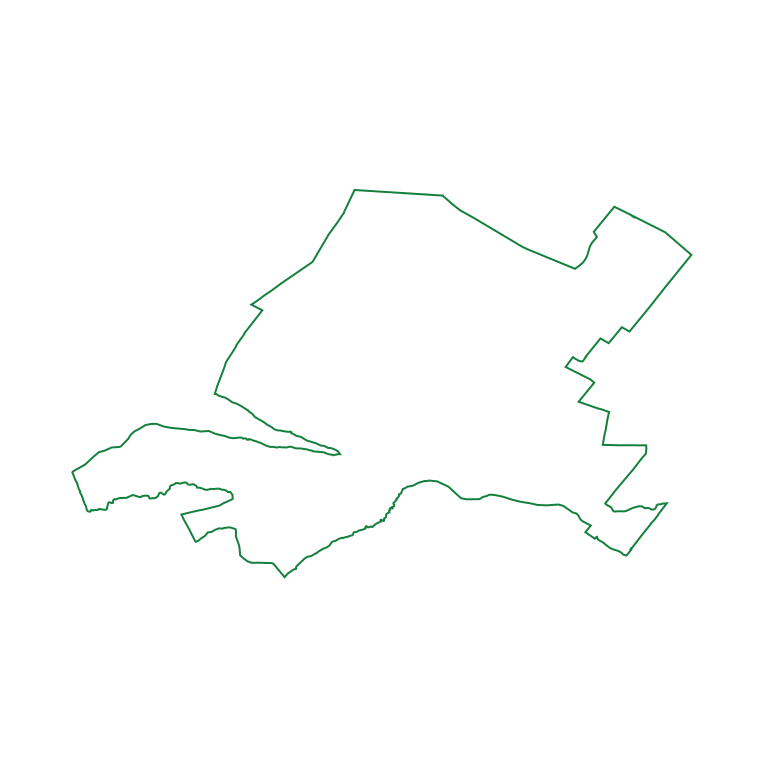 the district of Baia, Suceava, Romania, rotated 354°
{"feature_id": "2599482B74007881271800", "entity_name": "Baia", "entity_type": "district", "adm_level": 2, "iso_a3": "ROU", "parent_name": "Romania", "parent_adm1": "Suceava", "projection": "robinson", "projection_center": [26.198, 47.421], "detail": "fine", "context": "isolated", "style": "outline", "palette": "green", "viewbox_px": 768, "rotation_deg": 354, "n_neighbors": 0, "source": "geoboundaries", "source_scale": "gbopen_adm2", "svg_char_len": 6131}
<svg xmlns="http://www.w3.org/2000/svg" viewBox="0 0 768 768"><g transform="rotate(354 384 384)"><path d="M652.8,532.2L648.5,532.1L646.0,532.6L643.7,532.4L642.4,533.2L642.2,534.1L640.8,536.3L638.7,537.1L636.8,536.7L634.7,535.2L632.2,534.7L631.4,534.9L630.4,534.7L629.7,534.3L628.1,532.8L625.0,532.2L619.6,533.0L615.9,534.1L613.0,535.2L609.9,535.8L603.3,535.0L599.9,535.0L598.7,534.2L597.0,530.4L592.5,527.2L591.5,526.0L604.1,513.0L622.9,495.0L632.9,484.5L636.9,480.9L637.3,480.4L637.8,477.3L638.1,476.6L638.3,472.4L610.6,469.4L595.2,467.4L598.0,457.5L599.8,452.4L602.5,442.6L604.9,435.4L597.6,431.9L594.0,430.6L575.7,422.0L593.2,404.7L589.8,401.1L566.4,386.1L574.7,377.0L576.7,378.8L580.5,381.5L583.5,382.4L584.6,381.6L587.6,378.2L587.4,378.0L604.0,361.3L611.7,366.9L626.5,352.4L633.6,357.5L655.4,336.0L674.9,316.0L703.2,287.7L679.5,262.5L649.8,243.4L649.7,244.0L647.9,242.5L647.9,242.1L631.6,231.8L608.5,254.6L611.1,260.1L605.7,265.2L603.3,268.4L599.6,277.4L597.6,280.6L594.8,283.8L590.4,286.9L586.0,289.4L540.6,264.9L535.9,262.0L489.5,227.4L477.8,219.2L470.3,211.8L463.8,204.7L462.7,204.0L462.4,202.8L375.0,188.0L362.1,209.1L362.1,209.5L353.3,219.9L344.6,229.5L325.7,255.1L291.6,273.6L282.0,279.3L274.6,283.2L264.9,288.9L260.3,291.2L270.7,298.0L250.4,319.0L250.4,319.6L241.4,329.8L240.7,331.4L229.2,345.7L227.0,350.7L217.9,368.7L214.7,376.3L216.2,376.5L218.7,378.6L224.4,380.9L227.2,382.8L231.1,386.3L235.7,388.3L238.9,390.5L246.2,396.2L246.5,397.1L247.1,397.4L247.5,398.1L248.6,398.7L250.3,400.4L252.0,403.1L252.8,403.9L253.6,404.2L254.4,405.0L259.4,408.5L263.9,412.5L267.6,415.0L270.2,417.6L273.3,419.0L275.9,419.4L279.0,420.4L283.7,421.6L285.8,421.6L286.7,422.1L286.5,422.9L286.9,423.5L287.9,423.7L291.1,426.2L296.0,428.0L300.5,431.6L303.1,433.0L306.0,434.0L310.2,435.9L314.5,438.5L318.3,439.4L321.6,441.7L324.9,442.3L329.3,444.6L331.3,446.4L332.9,449.2L331.4,449.0L325.8,449.5L324.8,448.8L323.3,448.6L318.9,446.8L317.0,445.6L306.2,443.5L305.3,442.6L303.1,442.2L301.3,441.2L294.0,439.3L289.7,438.8L285.1,436.7L283.2,436.5L280.2,437.0L278.9,436.6L276.9,436.5L273.7,435.8L270.2,435.9L267.2,434.9L264.4,434.7L260.8,433.2L255.1,429.7L254.1,429.1L252.9,428.9L251.8,428.0L247.8,426.5L246.7,425.7L244.1,424.7L243.8,424.7L243.2,425.3L241.9,425.0L241.4,424.1L240.3,423.4L239.2,423.7L238.0,423.5L237.1,422.6L235.7,422.2L228.1,422.1L224.5,421.2L220.7,419.2L215.0,417.4L210.2,415.5L204.9,412.4L196.5,412.1L190.7,410.0L185.2,409.2L180.8,408.0L168.1,405.5L160.6,403.3L153.7,399.9L149.9,399.5L147.4,399.4L142.2,400.0L136.5,402.8L130.9,405.0L126.7,408.0L123.8,411.9L115.8,418.5L114.2,418.9L106.4,418.7L99.8,420.9L93.2,422.1L87.4,426.0L78.4,432.8L66.0,438.2L64.8,439.2L67.1,447.5L68.4,450.5L69.4,456.3L70.4,458.4L70.4,460.2L71.9,463.9L73.5,471.1L74.8,474.5L75.1,477.1L75.6,478.7L76.0,479.5L78.1,480.3L79.0,479.8L79.6,478.7L80.1,478.6L81.2,479.4L83.3,479.0L85.2,479.4L86.1,479.3L87.6,478.5L92.1,479.7L94.5,480.0L95.6,478.9L95.6,478.0L96.7,475.5L96.9,474.5L97.9,473.0L98.3,472.8L99.2,473.1L100.5,473.9L102.1,473.8L102.2,472.1L102.5,471.4L103.6,470.5L104.2,470.3L105.0,470.8L105.6,470.7L107.1,470.1L109.5,469.8L116.0,470.3L122.3,468.2L123.6,468.5L127.3,470.2L129.8,471.0L130.6,471.0L131.8,470.2L133.2,470.1L136.7,470.2L137.8,470.7L138.3,471.6L138.4,472.5L139.3,473.5L141.7,473.3L143.6,473.7L146.4,472.8L147.4,471.8L149.5,468.7L150.1,468.6L151.0,468.9L153.4,471.0L154.5,470.9L155.1,470.4L156.3,468.4L160.0,465.7L160.2,465.3L160.2,464.0L160.6,463.4L161.9,462.5L163.4,462.3L165.4,461.6L166.4,460.8L167.1,461.0L168.3,460.9L170.7,461.8L174.9,461.1L177.0,461.4L178.8,463.5L180.7,464.0L183.4,463.7L184.2,464.0L186.7,465.7L187.3,467.6L189.7,467.8L193.5,469.5L194.9,470.4L197.1,470.8L201.1,470.2L203.9,470.7L206.9,470.6L208.8,470.8L211.9,472.2L214.0,472.5L215.6,473.3L217.5,475.1L218.2,475.4L219.8,475.2L221.7,478.3L221.6,481.7L221.3,482.7L211.6,485.9L207.8,487.7L191.4,490.0L184.3,490.6L168.9,492.6L170.8,498.1L175.1,508.2L179.8,520.6L180.4,521.3L182.8,520.6L185.7,518.6L189.7,516.6L191.0,515.5L193.1,513.2L197.0,513.1L200.3,511.6L203.9,510.5L205.8,510.4L207.9,511.0L209.7,510.5L214.6,510.4L216.1,510.6L221.0,512.7L221.5,513.8L220.8,519.7L220.9,520.9L223.0,529.4L223.2,532.7L223.0,539.3L225.6,542.3L229.6,546.0L233.7,548.0L241.1,548.7L253.8,550.4L255.4,551.4L264.9,565.7L268.9,562.2L275.0,558.9L277.0,558.8L277.4,558.1L277.3,557.2L278.0,556.1L286.8,549.3L289.3,547.9L293.5,547.5L300.4,544.5L301.8,543.4L303.2,543.0L305.8,541.6L308.9,540.9L311.7,539.7L312.6,539.1L314.4,537.3L314.5,536.8L315.6,536.1L316.1,535.4L319.8,534.8L322.4,533.4L324.4,532.9L326.5,532.6L327.0,532.9L329.8,532.3L332.9,532.0L334.6,531.3L336.6,531.2L337.1,530.8L338.5,528.3L341.7,528.1L342.7,527.8L343.5,527.1L347.0,526.7L349.8,526.1L350.8,525.2L350.5,524.3L351.0,523.8L351.6,523.7L352.6,524.1L353.0,524.8L353.7,525.0L356.2,524.3L356.8,524.8L357.6,525.0L359.4,523.5L362.2,521.9L366.8,520.4L366.8,519.5L366.4,519.0L366.7,518.7L367.3,518.8L369.4,520.3L369.9,519.9L370.1,517.7L371.6,517.0L372.2,516.3L372.3,514.5L372.7,513.7L375.4,512.2L376.0,512.2L375.8,510.8L376.7,510.1L376.5,508.9L376.7,508.5L377.8,508.5L377.9,507.9L378.2,507.8L379.3,508.7L379.5,508.6L379.2,507.5L379.3,507.1L381.1,506.7L381.6,505.1L380.9,504.2L380.8,503.8L381.1,503.3L384.4,500.5L384.6,500.1L384.4,499.3L385.4,499.0L387.2,497.1L387.5,496.6L387.3,495.4L389.2,494.7L389.8,494.0L391.7,490.4L392.8,490.2L395.7,489.1L396.4,488.6L402.2,488.2L407.7,485.9L414.3,484.7L416.0,485.0L418.5,484.7L426.7,486.4L437.4,492.9L448.7,505.7L454.1,507.3L467.0,508.5L470.7,506.6L474.4,506.2L476.5,505.3L478.1,505.2L480.2,505.5L483.2,506.2L490.2,508.4L499.2,512.4L507.5,515.4L517.5,518.1L524.2,520.4L533.4,521.7L544.8,522.1L549.5,523.9L558.4,531.6L561.5,532.7L563.5,534.8L564.7,538.1L565.8,539.9L567.6,541.6L574.9,546.4L568.8,552.4L577.5,559.9L578.6,559.3L579.1,558.5L579.9,558.3L580.1,559.9L580.9,561.4L584.7,564.1L587.0,566.1L587.5,567.0L589.2,568.2L590.3,569.6L591.7,570.8L595.0,572.6L598.7,574.1L601.8,576.0L603.3,577.5L603.9,578.6L607.1,580.0L612.5,574.7L611.9,574.1L612.9,573.1L613.2,573.3L624.9,560.9L633.2,552.7L635.4,550.1L638.5,547.6L643.0,542.8L643.1,542.3L652.8,532.2Z" fill="none" stroke="#15803d" stroke-width="2"/></g></svg>